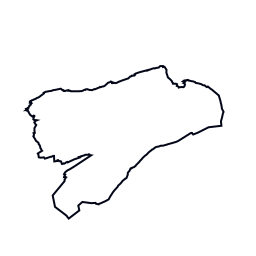 Meldal nor, Sør-Trøndelag, Norway (Robinson projection), rotated 339°
{"feature_id": "86288312B14672421796799", "entity_name": "Meldal nor", "entity_type": "district", "adm_level": 2, "iso_a3": "NOR", "parent_name": "Norway", "parent_adm1": "Sør-Trøndelag", "projection": "robinson", "projection_center": [9.604, 63.038], "detail": "fine", "context": "isolated", "style": "outline", "palette": "ink", "viewbox_px": 256, "rotation_deg": 339, "n_neighbors": 0, "source": "geoboundaries", "source_scale": "gbopen_adm2", "svg_char_len": 5217}
<svg xmlns="http://www.w3.org/2000/svg" viewBox="0 0 256 256"><g transform="rotate(339 128 128)"><path d="M48.3,67.7L46.1,68.0L45.9,68.2L46.1,68.4L46.1,68.5L46.1,68.8L46.4,68.9L46.3,69.0L46.0,69.1L45.9,69.2L46.0,69.4L45.7,69.5L45.8,69.6L46.1,69.7L46.0,69.8L46.0,70.0L46.6,70.2L46.5,70.4L46.4,70.4L46.5,70.5L46.0,70.7L45.9,71.0L45.4,71.3L45.3,71.5L44.8,71.5L44.1,71.7L44.1,71.8L44.0,72.0L43.6,72.0L43.9,72.1L43.6,72.3L43.5,72.5L42.9,72.9L42.6,73.0L42.3,73.1L42.2,73.3L41.7,73.3L41.6,73.6L41.1,73.7L40.8,73.7L40.7,73.9L40.3,73.8L40.4,74.0L40.2,74.2L39.9,74.3L39.6,74.2L39.6,74.3L39.8,74.5L39.5,74.6L39.8,74.7L39.4,74.8L39.7,74.9L39.8,75.0L39.7,75.1L40.0,75.3L39.9,75.6L40.3,75.9L40.6,76.0L40.9,76.4L41.0,77.2L40.8,77.7L41.2,79.5L41.4,80.8L42.4,82.2L42.8,83.0L44.3,82.7L44.4,82.9L44.9,83.1L44.8,83.5L43.7,84.4L42.7,86.0L43.1,86.7L43.7,87.1L45.2,87.8L45.7,88.1L44.7,88.1L43.3,88.9L42.6,89.1L42.8,90.7L43.4,92.3L40.6,94.6L40.1,96.0L39.7,96.9L39.3,99.1L38.0,98.9L37.8,100.6L37.1,101.9L36.7,101.9L36.8,102.7L37.4,105.6L37.4,106.8L37.8,107.5L38.7,108.9L38.8,109.3L39.1,109.8L39.1,110.3L38.9,111.0L38.9,111.4L39.3,112.2L39.4,113.2L39.0,115.4L39.4,116.6L39.3,117.8L39.6,118.5L38.0,118.8L34.6,119.5L34.8,120.9L34.2,123.4L35.8,124.4L37.6,124.9L38.0,125.1L38.3,125.1L39.0,125.3L39.3,126.4L39.4,126.8L42.1,127.0L44.9,127.1L45.3,127.1L46.2,127.4L47.5,127.3L48.4,127.3L48.9,127.5L47.2,132.8L51.0,133.6L50.8,132.9L51.2,132.9L51.9,134.4L52.7,134.6L53.4,135.0L53.5,135.7L53.5,136.7L53.3,137.7L53.5,138.0L55.3,138.0L55.5,138.4L55.9,138.4L56.0,138.4L56.7,138.3L57.6,138.0L59.2,137.9L59.3,137.9L59.6,138.3L59.6,138.5L66.5,138.0L70.9,138.2L72.2,138.2L72.0,137.9L71.9,137.5L73.0,137.7L73.6,137.6L73.9,137.6L74.2,137.5L74.7,137.7L75.9,137.7L77.3,137.9L78.5,137.7L79.5,138.1L79.8,138.1L81.1,138.7L81.5,138.7L82.0,138.5L82.6,139.0L82.9,139.8L83.8,140.3L64.4,144.6L59.1,145.6L56.1,145.9L53.5,146.8L51.8,148.1L52.7,149.0L51.1,150.3L50.7,150.9L51.9,151.2L52.5,151.8L52.0,152.0L51.3,152.8L50.2,153.6L49.7,154.9L33.5,164.0L31.6,175.5L39.2,187.8L39.6,189.5L40.2,191.3L53.0,187.5L53.8,182.6L58.9,180.7L66.8,185.0L70.9,186.3L71.0,187.3L73.2,188.7L73.4,188.4L75.4,188.5L80.8,188.2L84.4,187.7L86.8,185.6L91.2,182.4L93.4,181.1L97.1,179.3L97.6,178.8L98.1,178.3L100.3,177.5L102.7,176.3L103.8,175.5L106.2,174.7L107.0,174.5L107.2,174.3L108.4,174.3L108.8,174.0L111.2,171.3L111.5,170.3L111.9,169.7L112.5,169.3L114.1,168.5L114.4,168.2L115.0,167.4L115.6,167.0L115.8,167.1L116.3,167.0L116.3,166.8L116.6,166.8L116.9,166.8L116.9,166.6L118.3,166.6L119.0,166.6L120.0,166.6L120.5,166.3L120.8,166.3L121.5,166.1L122.4,165.5L122.8,165.2L123.5,165.0L125.8,163.9L126.3,163.8L127.2,163.1L129.5,162.1L130.8,161.3L132.4,160.6L134.2,159.9L135.6,159.6L138.3,158.3L139.3,157.9L142.0,157.1L142.4,156.9L143.0,156.7L143.3,156.8L143.7,156.8L144.7,156.5L145.0,156.3L145.5,156.2L147.2,155.8L148.1,155.9L150.2,156.3L150.5,156.3L152.2,156.3L153.2,156.6L153.8,156.9L154.9,157.1L156.8,157.3L157.6,157.3L158.5,157.5L158.9,157.4L162.2,157.7L162.9,157.8L167.8,158.2L170.2,158.1L184.4,155.3L185.5,155.3L186.0,155.6L186.0,155.9L186.5,157.4L191.4,157.4L203.5,156.2L216.0,159.4L217.2,155.0L219.5,152.0L221.9,148.3L223.0,147.2L222.6,143.8L223.5,139.5L223.6,138.1L224.0,135.9L224.4,130.1L220.6,123.2L220.0,122.1L219.4,121.4L217.4,117.9L216.3,118.1L215.3,116.7L215.1,116.1L214.8,115.6L213.9,115.3L213.4,114.9L213.0,114.5L211.9,113.1L210.9,112.5L210.1,111.8L207.3,110.1L207.2,109.4L207.0,109.1L206.2,108.4L205.4,107.8L203.7,106.8L202.3,105.8L201.5,105.4L201.6,105.0L201.4,104.7L201.0,104.5L200.2,104.4L197.4,103.8L196.3,104.1L196.8,104.4L197.4,105.0L197.8,105.3L196.8,105.9L196.0,106.0L196.6,106.7L196.9,107.5L196.0,108.9L195.3,109.4L194.6,109.8L193.0,109.1L191.2,108.5L189.9,108.4L190.0,107.9L189.7,107.2L188.6,106.2L189.0,105.6L189.5,104.7L188.7,104.0L188.6,103.8L186.3,103.0L185.8,102.7L186.0,102.0L186.0,101.6L185.7,101.1L185.8,100.2L185.7,99.9L185.1,98.3L184.7,97.4L183.4,95.1L183.7,89.9L184.8,87.5L184.0,83.9L182.5,83.6L182.8,82.7L180.5,81.8L180.0,81.8L178.3,82.6L175.8,82.0L174.3,82.0L173.9,81.8L173.6,81.5L171.6,81.3L167.1,81.3L167.3,81.0L159.1,80.1L154.9,79.9L153.2,80.2L153.1,80.4L153.5,81.0L153.0,81.3L151.7,81.2L151.8,81.2L151.4,81.0L151.4,80.9L150.7,80.7L150.3,80.5L149.8,80.9L148.7,80.7L146.1,81.8L138.9,81.5L138.0,81.6L136.8,81.5L136.5,81.6L135.8,81.5L135.5,81.6L135.0,81.6L134.1,81.8L133.1,81.7L132.7,81.7L132.1,81.5L131.8,81.1L131.6,81.0L129.9,80.6L129.6,80.6L129.2,80.4L129.3,80.2L129.5,80.1L129.5,79.8L129.7,79.7L129.4,79.5L129.2,78.9L128.7,78.6L128.6,78.8L125.5,78.6L124.0,79.3L123.2,79.5L122.0,80.1L120.3,80.4L118.7,80.1L116.7,80.0L116.5,79.7L116.3,79.8L114.9,79.9L113.8,79.9L111.0,80.0L110.5,79.6L109.8,79.7L107.9,79.8L106.6,79.0L105.8,78.8L104.8,77.9L104.2,77.5L104.1,77.3L103.4,77.0L102.4,76.8L102.1,77.1L101.8,77.1L101.6,76.8L100.1,76.8L99.2,77.0L97.6,76.9L97.2,76.7L95.8,76.2L95.2,76.1L93.7,75.5L88.2,73.4L87.8,73.2L87.7,72.8L85.3,71.7L85.3,71.3L85.4,71.2L83.5,70.9L82.5,71.0L81.1,70.3L80.9,70.0L80.9,69.6L81.1,69.4L79.8,68.4L79.8,68.0L79.7,67.7L79.3,67.2L73.6,66.3L71.9,65.9L71.5,65.8L70.9,65.9L69.7,65.9L68.8,65.6L64.0,64.7L61.9,64.9L61.9,65.6L55.5,67.4L53.5,67.3L52.3,67.7L51.4,67.7L50.7,67.6L49.4,67.8L48.3,67.7Z" fill="none" stroke="#020617" stroke-width="2"/></g></svg>